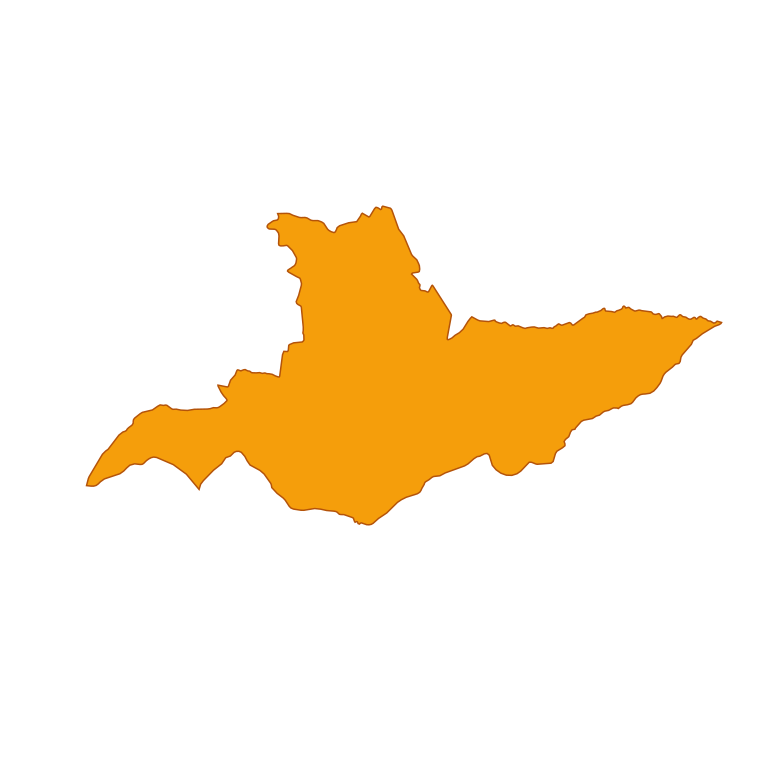 the border of Matabeleland South, rotated 315°
{"feature_id": "ZWE-530", "entity_name": "Matabeleland South", "entity_type": "Province", "adm_level": 1, "iso_a3": "ZWE", "parent_name": "Zimbabwe", "parent_adm1": "", "projection": "orthographic", "projection_center": [29.218, -20.916], "detail": "fine", "context": "isolated", "style": "filled", "palette": "amber", "viewbox_px": 768, "rotation_deg": 315, "n_neighbors": 0, "source": "natural_earth", "source_scale": "10m", "svg_char_len": 6171}
<svg xmlns="http://www.w3.org/2000/svg" viewBox="0 0 768 768"><g transform="rotate(315 384 384)"><path d="M138.5,261.5L133.8,260.7L119.2,253.4L114.4,252.6L111.3,252.6L108.8,252.2L106.6,251.0L104.6,249.0L101.8,245.5L108.1,241.8L110.1,241.0L135.2,234.6L139.8,234.6L142.7,235.1L160.5,232.7L165.4,233.3L167.6,234.4L169.0,234.7L170.5,234.3L172.4,234.3L176.8,234.9L178.9,234.4L180.6,232.8L181.7,232.1L182.7,231.9L183.7,231.8L190.6,232.6L193.1,233.2L201.9,238.6L208.2,239.7L210.9,240.5L212.9,243.2L214.6,244.4L215.4,245.5L216.3,251.3L216.8,252.6L219.3,254.9L221.9,258.8L226.4,263.8L231.9,267.7L241.5,276.9L243.6,278.5L246.6,280.1L248.7,282.4L250.1,283.4L251.9,283.9L257.1,284.7L261.2,284.7L261.8,284.0L262.1,282.6L262.3,278.8L263.1,274.5L264.9,269.0L265.3,267.9L265.8,267.4L271.1,275.3L271.8,275.6L272.3,275.6L278.2,272.8L285.0,272.4L289.4,270.5L290.3,270.4L291.0,271.2L291.8,273.1L292.3,273.6L294.8,274.7L296.0,275.6L296.9,278.3L298.1,280.0L298.4,282.3L298.8,282.9L301.5,285.8L304.1,288.0L305.4,290.4L307.6,292.0L308.5,293.9L309.9,295.4L311.8,298.1L312.9,301.5L314.2,304.2L314.9,304.9L315.8,304.7L333.0,291.5L336.3,290.1L338.6,292.7L339.9,292.7L344.0,289.3L345.1,289.3L349.2,291.0L355.8,296.4L356.8,296.6L358.5,296.3L361.9,292.7L362.7,290.6L364.8,289.0L367.2,286.6L379.8,271.3L380.2,270.4L380.2,269.7L379.4,267.0L379.3,265.3L380.1,263.7L386.3,261.0L395.3,255.8L396.8,254.5L398.9,250.9L399.3,249.6L398.1,246.2L395.7,237.7L395.6,236.0L396.1,235.6L396.7,235.5L404.4,237.0L405.9,236.7L407.6,236.0L410.6,233.8L411.4,232.7L413.6,225.0L413.6,218.1L413.2,217.1L410.5,215.1L408.7,213.4L408.2,212.6L407.9,211.5L408.7,210.2L414.4,205.1L415.5,203.6L416.2,202.5L416.7,199.2L416.5,198.1L416.0,197.1L412.6,193.4L412.2,192.4L412.2,190.8L412.6,190.1L413.3,189.6L415.0,189.2L420.0,190.1L421.4,190.5L424.2,192.4L425.2,192.6L426.2,192.4L427.6,191.4L428.2,190.7L429.3,188.3L435.8,194.5L437.6,196.6L438.9,200.3L441.9,206.3L443.0,207.7L445.9,210.4L447.0,212.2L448.1,216.4L449.2,218.1L452.7,221.6L453.5,223.1L454.5,225.4L455.0,227.8L453.6,234.5L453.6,236.1L454.3,238.9L455.7,241.6L457.1,242.0L459.3,241.3L461.5,240.3L464.5,240.7L473.0,245.0L479.5,249.9L486.0,248.7L488.1,247.9L489.4,247.9L491.4,255.2L492.5,255.5L501.5,253.3L503.3,253.4L504.2,254.9L505.0,258.3L506.0,258.5L507.8,257.3L508.9,257.4L512.8,264.2L512.8,265.5L512.4,266.9L503.8,285.0L502.7,293.2L495.1,311.8L494.8,313.8L495.0,319.4L493.6,323.3L492.7,325.3L490.5,328.0L488.5,329.4L487.2,329.0L483.0,325.9L482.0,325.6L481.2,325.8L481.2,333.0L480.9,334.4L479.7,337.4L479.7,339.0L478.9,339.9L477.2,340.9L476.6,342.3L476.3,343.4L476.5,344.2L478.8,347.1L479.8,349.8L480.5,350.2L481.7,350.0L487.1,348.3L487.9,348.3L488.0,349.2L480.7,382.3L480.2,383.1L462.0,395.6L460.4,397.0L460.4,397.6L460.8,398.1L462.1,398.7L464.6,399.5L468.7,399.8L473.5,401.0L478.7,401.2L487.6,399.1L491.6,398.6L493.6,398.6L495.5,405.1L496.5,407.2L502.2,413.9L506.9,416.6L507.4,417.1L507.5,417.5L507.2,417.7L507.2,418.5L507.5,419.7L508.8,422.6L510.1,424.4L511.9,424.9L513.1,425.7L513.6,426.4L514.3,432.1L514.6,432.5L516.8,433.1L517.2,433.6L517.7,436.0L520.0,437.8L521.9,442.4L523.1,444.5L525.0,445.5L528.6,448.1L530.6,449.9L532.7,453.7L537.0,457.3L538.7,460.1L541.1,461.6L542.2,463.5L543.2,464.1L544.8,463.9L546.5,464.5L549.0,464.7L550.1,465.1L551.0,467.8L551.6,468.4L558.5,471.6L559.1,472.9L558.9,475.5L559.8,476.4L570.9,478.1L573.0,478.6L575.7,477.9L578.7,479.4L581.8,481.6L584.5,482.9L585.5,483.9L589.4,485.4L592.0,485.6L593.0,486.0L593.4,486.5L593.3,487.1L592.6,488.1L592.4,489.2L596.1,493.6L597.8,496.4L600.5,496.9L602.0,497.8L604.9,499.0L606.3,498.9L607.6,498.3L608.5,498.4L608.9,498.9L609.0,499.6L608.7,501.2L611.0,502.6L611.4,503.2L611.6,505.6L612.8,509.5L613.3,510.1L616.5,512.0L617.2,512.8L618.1,514.4L623.8,521.8L624.0,522.4L623.9,524.8L624.8,526.4L625.7,527.2L627.9,528.4L628.3,529.1L628.0,532.4L627.0,534.3L627.4,534.6L629.9,535.0L632.8,536.7L635.2,539.6L636.5,540.7L637.8,543.5L638.3,544.0L641.8,544.1L642.4,544.5L642.7,545.1L642.9,547.5L644.7,550.2L645.2,552.8L645.7,554.0L646.9,555.2L650.2,556.0L650.8,556.6L650.9,557.3L650.7,558.8L651.2,559.2L653.5,559.2L655.3,559.7L655.8,560.3L656.3,563.2L657.6,565.7L657.8,568.4L659.3,570.5L660.2,574.1L661.7,575.0L664.0,575.1L666.2,579.2L665.0,579.5L662.9,579.0L658.6,577.0L644.8,573.6L637.2,572.7L633.5,571.7L629.4,573.3L615.3,574.3L612.8,575.1L609.4,577.5L607.5,578.0L606.6,577.7L604.7,576.4L603.5,576.0L599.9,576.0L591.7,575.0L589.3,575.1L586.8,575.7L582.1,577.9L579.7,578.7L574.5,579.5L569.8,579.7L565.5,578.6L561.6,575.7L559.8,574.1L557.9,572.9L555.5,572.2L552.4,571.9L546.8,572.7L544.6,572.5L541.6,570.9L538.0,568.3L536.1,567.5L532.3,567.0L531.9,565.9L529.5,563.3L528.2,562.7L524.2,561.5L520.8,559.3L519.0,558.8L514.4,558.4L511.3,556.7L507.0,555.8L499.6,550.8L497.0,550.0L488.5,550.5L487.0,551.0L484.7,549.4L482.1,549.8L477.4,551.9L473.1,551.5L470.7,552.0L469.6,554.3L468.3,555.6L465.1,555.3L458.8,553.8L456.1,554.4L448.8,558.4L446.1,558.1L435.6,549.1L434.8,547.9L433.1,543.9L431.9,542.4L431.2,542.0L419.2,542.3L414.6,541.5L409.8,539.0L406.0,534.9L403.6,529.7L402.6,523.9L403.1,518.1L408.1,508.7L407.8,506.0L405.7,504.4L400.7,502.8L398.4,501.2L394.7,500.4L387.0,499.9L383.1,498.9L364.5,490.2L358.6,488.4L353.7,484.5L351.9,483.9L348.1,483.5L344.1,482.5L342.7,482.7L341.4,483.4L336.9,484.6L334.9,485.4L332.7,485.8L330.0,485.2L319.6,479.8L314.5,478.1L309.8,477.2L294.7,477.1L285.1,475.2L277.8,474.8L275.7,474.2L273.9,473.0L272.3,471.3L269.8,466.2L268.9,465.7L267.6,465.7L267.0,464.4L267.7,462.6L267.2,461.8L265.8,461.3L266.1,460.0L267.5,457.2L267.1,455.8L263.3,448.0L261.2,445.8L260.3,444.5L260.2,441.4L259.9,440.3L258.6,438.4L254.0,432.9L250.7,427.7L246.9,423.0L238.0,416.6L236.0,414.5L231.6,408.5L230.5,405.9L230.5,403.5L232.0,396.3L232.1,393.4L231.1,385.7L231.4,377.9L233.1,375.5L233.7,374.0L235.6,362.9L235.2,357.4L232.0,346.6L232.9,341.6L234.4,336.8L234.8,331.4L233.8,329.0L231.9,327.2L229.7,326.3L224.5,326.3L220.0,324.2L212.8,325.6L202.5,324.4L188.0,324.6L183.5,325.2L178.7,327.8L180.5,308.0L178.0,292.0L171.3,275.2L169.5,272.8L167.2,271.4L164.5,270.6L161.8,270.2L157.7,270.2L156.1,269.7L154.7,268.5L151.2,264.1L146.9,261.7L142.7,261.4L138.5,261.5Z" fill="#f59e0b" stroke="#b45309" stroke-width="1.5"/></g></svg>